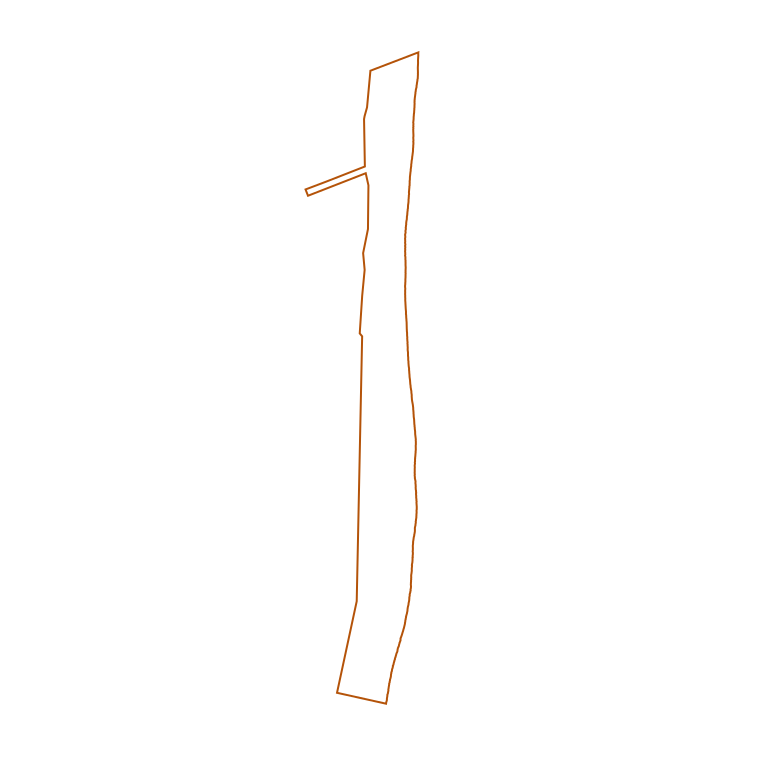 outline of Villa Gesell, Buenos Aires, Argentina, rotated 331°
{"feature_id": "61730980B33740437048301", "entity_name": "Villa Gesell", "entity_type": "district", "adm_level": 2, "iso_a3": "ARG", "parent_name": "Argentina", "parent_adm1": "Buenos Aires", "projection": "natural_earth1", "projection_center": [-57.039, -37.367], "detail": "fine", "context": "isolated", "style": "outline", "palette": "amber", "viewbox_px": 768, "rotation_deg": 331, "n_neighbors": 0, "source": "geoboundaries", "source_scale": "gbopen_adm2", "svg_char_len": 6130}
<svg xmlns="http://www.w3.org/2000/svg" viewBox="0 0 768 768"><g transform="rotate(331 384 384)"><path d="M524.0,103.4L503.3,133.8L496.9,140.3L495.0,142.6L472.7,184.5L431.7,179.0L409.7,175.8L408.8,182.5L470.2,190.8L466.7,202.7L445.1,240.7L429.2,259.4L422.4,274.8L407.8,296.1L387.3,328.0L388.0,331.7L254.8,560.8L193.2,631.3L230.8,664.6L231.6,663.5L232.9,662.3L233.5,661.5L234.0,660.6L235.9,658.2L236.1,657.6L237.5,656.4L237.7,656.0L238.5,655.2L238.6,654.9L239.2,654.3L239.8,653.1L240.3,652.6L241.4,651.1L242.1,650.3L242.4,649.8L242.9,649.3L243.3,648.5L244.3,647.7L244.7,647.0L245.5,646.2L245.9,645.5L246.7,644.8L248.1,643.3L249.5,641.2L250.2,640.5L250.6,639.8L251.6,639.0L252.8,637.4L254.0,636.4L254.9,635.2L255.1,635.1L255.2,634.7L255.9,634.3L256.7,633.5L257.1,632.9L257.7,632.4L257.8,632.2L258.1,631.9L258.4,631.7L258.6,631.4L258.9,631.2L259.1,630.8L260.0,630.2L260.4,629.5L260.9,629.0L261.1,628.9L261.6,628.5L261.9,628.1L262.3,627.8L262.6,627.4L263.3,626.8L263.4,626.6L264.5,625.5L265.2,625.1L266.2,624.2L267.0,623.0L267.6,622.4L268.0,621.8L268.9,621.2L269.0,621.0L269.2,620.9L269.7,620.6L270.6,619.6L270.9,619.2L271.7,618.5L272.3,617.7L273.2,617.2L273.4,616.8L273.9,616.4L274.2,616.2L275.0,614.7L275.4,614.4L275.6,614.1L276.3,613.6L278.2,611.9L279.8,610.3L281.0,609.2L282.5,607.6L282.8,607.4L284.0,606.1L285.3,604.7L286.2,603.7L286.5,603.1L287.2,602.4L288.3,600.8L289.0,600.2L289.3,599.6L290.0,599.0L290.3,598.3L290.8,597.9L291.0,597.6L292.9,595.7L293.5,594.9L294.1,594.3L294.9,593.2L295.5,592.2L296.1,591.5L296.5,590.9L298.4,588.9L299.2,587.7L300.6,586.1L301.4,585.1L301.9,584.2L302.3,583.7L302.5,583.2L304.0,581.4L304.5,580.4L305.6,579.3L306.4,578.5L306.5,578.1L307.3,577.4L307.7,576.4L308.2,576.0L309.0,574.9L309.5,574.1L310.3,572.3L311.3,570.8L311.4,570.5L311.9,569.9L312.4,568.9L313.0,568.2L313.2,567.6L313.9,566.7L314.2,565.9L314.7,565.2L315.0,564.5L316.2,563.0L317.8,560.8L318.6,559.2L320.4,556.6L320.5,556.0L320.7,555.8L320.8,555.6L322.3,553.8L323.5,552.0L324.7,549.9L325.0,549.7L325.0,549.3L325.5,548.8L326.0,547.8L326.7,546.9L327.4,545.7L328.0,544.2L328.3,543.9L329.5,541.9L330.8,539.4L332.1,537.6L332.5,536.8L332.8,536.5L333.2,535.7L333.7,535.2L335.8,532.4L336.9,531.3L337.3,530.6L338.3,529.5L338.7,528.9L339.2,528.4L340.3,526.6L340.9,525.4L341.4,524.6L343.2,522.6L343.5,522.0L344.6,520.7L345.1,519.6L345.6,519.1L346.3,518.0L346.6,517.7L347.8,516.1L348.2,515.3L348.7,514.6L349.3,513.5L350.0,512.6L351.3,510.1L351.8,509.6L353.1,507.3L354.5,504.3L354.6,504.1L355.1,503.1L355.5,502.7L356.0,501.3L356.4,500.7L357.2,498.7L358.0,497.4L358.2,496.7L358.9,495.4L359.1,495.2L359.2,494.8L359.6,494.4L359.9,493.5L360.4,492.6L360.5,492.0L361.6,489.7L362.1,489.0L362.3,488.4L362.7,487.8L363.4,486.0L364.4,484.4L365.4,481.1L365.7,480.8L366.6,478.6L367.2,477.9L367.4,477.3L368.0,476.1L368.2,475.9L369.9,472.8L370.5,471.9L371.3,470.2L372.6,468.5L372.8,467.8L373.2,467.2L373.6,466.8L374.9,464.4L375.3,464.0L375.7,463.2L376.2,462.6L378.3,459.4L378.5,459.2L378.8,458.5L379.0,458.3L380.0,456.8L381.9,453.2L382.7,452.1L383.1,451.3L384.0,449.7L384.3,448.9L385.0,447.8L387.0,442.9L388.2,440.6L389.2,438.1L389.9,436.7L390.1,436.0L390.7,434.9L391.0,434.0L393.1,429.7L394.1,427.1L395.1,425.1L395.7,423.7L396.2,422.9L396.6,421.8L396.9,421.3L397.3,420.2L397.9,419.2L399.2,416.0L400.3,412.7L400.9,411.1L401.7,409.4L402.3,408.1L402.9,407.1L403.7,405.0L404.5,403.4L405.0,401.8L405.4,400.8L405.7,399.8L406.4,398.4L407.0,396.7L407.4,395.9L407.8,395.0L408.6,393.3L409.8,390.2L410.7,388.4L411.6,386.3L411.9,385.8L412.8,383.7L413.4,382.7L414.3,380.3L415.3,378.1L415.7,377.2L416.2,376.4L416.8,374.8L418.1,372.4L418.7,370.9L420.3,368.0L421.2,365.7L422.6,363.3L423.2,361.9L423.6,361.3L424.1,360.0L424.8,359.0L425.4,357.5L426.0,356.3L426.4,355.4L427.0,354.5L427.6,353.0L429.1,350.2L429.6,348.9L430.3,347.6L430.4,347.3L433.8,340.8L434.3,339.6L435.2,337.8L435.4,337.2L436.9,334.2L437.0,333.7L438.3,331.4L439.4,328.9L441.2,325.2L441.3,325.0L441.6,324.3L441.9,323.8L443.2,321.0L444.2,319.3L444.5,318.6L445.6,316.6L446.1,315.5L446.7,314.6L447.8,312.5L448.8,311.0L449.3,309.8L450.0,308.4L451.2,306.7L451.5,306.0L452.2,305.1L453.4,302.9L454.5,301.2L456.2,298.2L456.7,297.5L456.9,296.8L457.4,296.1L457.8,295.3L459.4,292.7L460.5,290.4L461.7,288.3L462.0,287.6L462.6,286.7L463.0,285.6L464.3,283.3L464.7,281.9L465.5,280.9L465.9,280.0L466.3,279.3L466.9,277.9L467.6,277.1L468.0,276.0L468.8,275.0L469.1,274.1L469.4,273.8L469.5,273.3L470.3,272.4L470.9,270.7L471.6,269.8L471.9,269.1L472.4,268.2L473.0,266.9L473.9,265.8L474.8,263.7L476.4,261.9L476.9,260.6L477.4,260.0L478.0,259.4L478.5,258.6L478.7,257.9L479.2,257.4L480.1,256.0L480.8,255.2L481.4,254.0L481.8,253.5L482.5,252.5L483.8,251.0L485.4,248.4L486.4,247.3L486.7,246.6L487.0,246.3L487.8,245.0L488.1,244.7L488.3,244.3L488.9,243.6L489.4,242.7L490.0,242.1L491.9,239.0L492.7,238.1L492.8,237.8L493.6,236.8L494.6,235.1L495.0,234.4L495.7,233.5L496.2,232.6L496.6,232.1L497.0,231.3L498.0,230.1L498.7,228.5L501.6,224.2L502.0,223.4L502.5,223.0L502.7,222.7L503.6,221.1L504.4,219.8L504.7,219.1L505.7,217.8L507.1,215.4L507.9,214.3L509.8,211.6L510.7,210.5L511.3,209.4L512.0,208.5L513.0,207.1L513.4,206.7L514.1,205.4L515.2,204.0L516.4,202.2L517.9,200.4L518.5,199.5L518.6,199.2L519.3,198.4L521.5,195.4L521.9,194.9L523.5,192.3L523.7,191.9L524.4,191.0L525.3,189.4L525.7,188.9L526.7,187.3L527.0,186.3L527.5,185.8L527.9,185.1L528.8,183.2L529.1,182.7L529.2,182.4L529.8,181.7L530.6,180.2L532.0,177.4L532.6,176.3L532.9,175.6L533.6,174.7L534.0,173.6L534.5,173.2L535.1,171.8L535.8,170.9L536.4,169.3L536.8,168.9L537.2,168.2L537.7,167.6L538.6,166.2L539.4,164.8L540.0,164.0L540.8,162.7L541.3,162.1L541.4,161.8L541.8,161.4L542.8,159.8L543.2,159.2L543.6,158.6L543.8,158.3L544.2,157.5L544.6,157.1L546.1,154.5L546.5,154.0L547.4,152.1L547.9,151.5L548.3,150.6L548.6,150.2L549.0,149.8L549.3,149.2L550.8,147.2L551.8,145.8L552.5,144.9L553.0,144.0L553.7,143.3L554.4,142.2L555.6,140.9L556.4,140.1L557.0,139.0L557.6,138.3L558.4,137.3L558.6,136.9L560.2,135.0L560.8,134.0L561.6,133.2L564.0,129.3L564.3,128.6L564.5,128.4L566.9,123.8L569.4,119.8L570.6,117.5L573.5,112.9L573.9,112.0L574.8,110.6L524.0,103.4Z" fill="none" stroke="#b45309" stroke-width="2"/></g></svg>